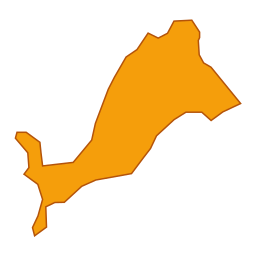 outline of Bankilaré, Tillabéri, Niger
{"feature_id": "23599985B18164013569517", "entity_name": "Bankilaré", "entity_type": "district", "adm_level": 2, "iso_a3": "NER", "parent_name": "Niger", "parent_adm1": "Tillabéri", "projection": "orthographic", "projection_center": [0.586, 14.454], "detail": "fine", "context": "isolated", "style": "filled", "palette": "amber", "viewbox_px": 256, "rotation_deg": 0, "n_neighbors": 0, "source": "geoboundaries", "source_scale": "gbopen_adm2", "svg_char_len": 681}
<svg xmlns="http://www.w3.org/2000/svg" viewBox="0 0 256 256"><path d="M34.6,235.8L46.5,227.1L45.8,206.8L54.8,202.5L64.3,202.3L81.7,186.3L95.8,180.0L131.5,173.6L143.5,157.6L150.5,148.5L156.5,135.8L174.1,119.6L185.9,112.2L201.8,112.2L211.1,120.5L222.8,111.9L240.6,103.5L211.0,67.2L203.6,62.9L199.2,54.8L198.3,40.5L199.6,37.6L199.6,32.1L191.8,20.2L174.0,21.1L167.5,33.3L158.2,38.1L148.1,33.1L137.0,49.6L126.1,57.0L114.4,77.3L108.3,89.2L95.4,123.4L91.7,140.1L73.2,162.4L42.6,165.9L41.0,153.0L39.9,142.3L26.2,132.3L17.0,132.3L15.4,138.2L27.8,152.8L28.9,167.6L24.0,174.2L37.8,184.3L42.6,199.4L38.0,215.9L32.5,227.6L34.6,235.8Z" fill="#f59e0b" stroke="#b45309" stroke-width="1.5"/></svg>